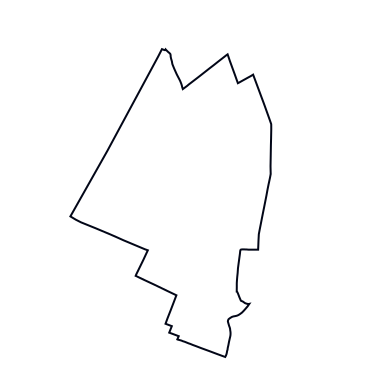 U Minh, Cà Mau, Vietnam, rotated 25°
{"feature_id": "81297802B9286931688743", "entity_name": "U Minh", "entity_type": "district", "adm_level": 2, "iso_a3": "VNM", "parent_name": "Vietnam", "parent_adm1": "Cà Mau", "projection": "albers", "projection_center": [104.985, 9.374], "detail": "fine", "context": "isolated", "style": "outline", "palette": "ink", "viewbox_px": 384, "rotation_deg": 25, "n_neighbors": 0, "source": "geoboundaries", "source_scale": "gbopen_adm2", "svg_char_len": 2584}
<svg xmlns="http://www.w3.org/2000/svg" viewBox="0 0 384 384"><g transform="rotate(25 192 192)"><path d="M104.4,75.2L104.1,83.3L97.9,190.6L92.1,265.5L93.9,265.7L96.6,266.0L98.5,266.2L104.3,266.4L112.0,266.0L117.8,265.7L119.6,265.6L127.3,265.3L135.0,265.0L142.8,264.8L150.4,264.7L158.1,264.4L165.8,264.1L173.5,263.8L176.6,263.5L176.6,269.0L176.6,274.3L176.5,279.7L176.4,285.0L176.3,290.3L176.4,291.5L176.4,291.8L186.2,291.9L197.3,291.9L211.4,292.1L221.5,292.2L222.1,300.4L222.7,308.8L223.2,316.9L223.7,322.6L230.4,322.1L230.8,329.1L234.3,328.8L240.9,328.3L241.0,331.8L241.3,331.8L245.3,331.1L246.7,331.1L248.0,330.9L248.9,330.8L253.0,330.6L254.6,330.4L257.3,330.3L260.7,330.0L266.5,329.6L274.5,328.9L283.5,328.2L291.8,327.5L291.9,326.1L291.8,324.5L291.5,323.0L291.0,321.2L290.9,320.1L290.3,318.2L289.7,315.4L288.9,312.3L288.2,309.1L287.7,306.7L287.4,305.6L286.9,304.3L286.1,302.7L284.9,300.9L284.4,300.0L283.6,299.0L282.1,297.5L280.0,295.1L279.2,294.1L279.0,293.4L278.9,292.9L278.9,292.5L278.9,292.0L279.1,291.4L279.6,290.5L280.2,289.5L281.0,288.3L282.2,287.2L283.5,286.3L284.9,285.2L286.1,283.9L287.1,282.3L288.2,280.3L289.0,278.1L289.7,275.8L290.7,272.2L291.2,269.2L290.8,269.5L290.0,269.9L288.2,270.2L286.9,270.3L285.4,270.0L284.3,269.8L283.6,269.8L282.9,269.9L282.5,269.9L282.3,269.8L282.1,269.7L281.3,269.0L279.5,267.4L276.5,264.5L274.9,263.2L274.6,263.3L272.9,259.5L271.4,256.3L271.0,255.4L269.9,252.6L268.8,249.6L267.6,246.1L265.9,241.7L263.7,234.7L261.5,227.6L260.6,225.0L260.5,224.3L260.5,223.8L260.7,223.5L261.6,222.9L265.3,221.2L267.8,220.3L276.3,216.3L275.1,213.4L272.7,207.7L270.4,202.0L269.3,197.7L267.5,190.4L266.5,186.4L265.1,180.7L263.7,174.9L262.3,169.2L260.9,163.5L259.4,157.8L258.0,152.0L257.7,150.6L256.7,146.3L255.8,142.7L255.7,142.6L255.7,142.4L254.8,140.6L252.3,135.5L249.1,128.3L245.1,119.3L243.8,116.4L241.2,110.4L237.3,101.6L235.4,97.6L235.0,96.9L231.2,93.0L221.7,83.4L219.5,81.2L213.4,75.2L212.3,74.1L197.8,59.8L196.3,62.1L194.3,64.8L192.2,67.7L191.1,69.2L188.3,73.1L187.6,74.0L181.5,67.8L177.8,64.1L176.1,62.4L170.8,57.1L169.3,55.5L166.1,52.2L165.3,53.6L160.4,63.2L158.0,68.0L155.6,72.6L150.8,82.1L148.5,86.6L143.6,96.0L142.8,97.8L142.2,98.9L140.2,102.6L138.8,101.1L138.2,100.3L137.7,99.7L136.7,98.6L134.6,96.6L133.4,95.6L128.7,92.0L127.4,90.9L123.6,87.6L122.2,86.3L120.9,85.1L120.1,84.3L119.1,82.9L118.8,82.4L117.6,81.0L116.7,80.0L115.5,78.4L114.7,76.9L114.2,76.3L113.9,76.0L113.1,75.7L112.5,75.5L111.3,75.2L109.3,74.5L107.8,73.9L107.8,74.0L107.8,74.6L107.7,74.8L107.1,75.0L106.1,75.1L104.4,75.2Z" fill="none" stroke="#020617" stroke-width="2"/></g></svg>